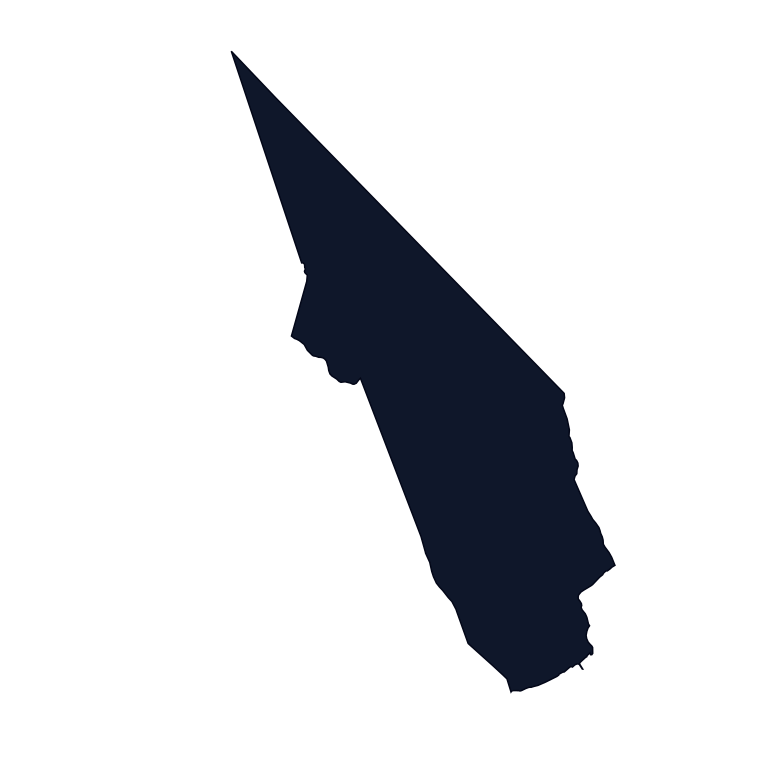 Gagaemauga III, Gaga'emauga, Samoa (Albers equal-area conic projection), rotated 134°
{"feature_id": "51752279B15532907109577", "entity_name": "Gagaemauga III", "entity_type": "district", "adm_level": 2, "iso_a3": "WSM", "parent_name": "Samoa", "parent_adm1": "Gaga'emauga", "projection": "albers", "projection_center": [-172.363, -13.506], "detail": "fine", "context": "isolated", "style": "filled", "palette": "ink", "viewbox_px": 768, "rotation_deg": 134, "n_neighbors": 0, "source": "geoboundaries", "source_scale": "gbopen_adm2", "svg_char_len": 2019}
<svg xmlns="http://www.w3.org/2000/svg" viewBox="0 0 768 768"><g transform="rotate(134 384 384)"><path d="M517.3,78.7L516.3,78.9L514.7,78.0L511.1,74.2L510.3,72.9L509.0,72.1L504.6,70.5L501.5,69.0L499.8,67.4L497.6,66.2L493.9,63.9L485.9,60.6L474.3,56.5L472.0,56.1L471.2,56.5L467.2,55.3L465.9,54.3L459.0,53.7L457.4,53.3L456.7,51.8L453.5,51.6L451.2,50.7L450.0,49.0L451.3,43.3L451.0,43.0L449.5,48.9L448.3,49.5L445.6,49.4L440.8,49.1L439.2,48.7L438.5,49.2L434.3,49.1L435.2,47.3L434.4,46.5L432.8,46.7L428.6,50.9L428.1,52.6L428.1,54.8L427.8,57.9L426.4,61.3L424.4,64.0L421.1,66.2L417.9,67.7L415.1,68.2L414.6,70.2L410.9,76.0L409.5,79.5L408.8,84.8L407.6,87.2L406.1,87.8L404.8,89.5L404.0,92.7L403.7,94.9L402.2,96.5L400.5,97.5L396.7,97.8L393.4,97.1L385.2,94.9L383.4,94.6L373.2,94.7L369.4,94.2L367.3,94.7L364.3,94.5L363.3,93.5L359.8,92.9L357.4,92.8L354.0,91.9L353.1,94.0L350.5,99.8L348.9,105.1L347.8,111.8L346.9,114.9L344.0,118.1L342.3,120.9L340.9,124.4L339.5,126.6L338.0,129.6L336.9,135.2L336.4,139.8L335.4,143.0L333.9,149.0L320.7,180.9L317.6,182.6L314.6,183.0L311.6,185.6L308.2,187.3L306.2,189.6L305.2,192.4L305.2,194.4L302.1,200.0L301.1,202.5L299.0,204.4L295.8,208.0L293.3,213.2L293.3,214.5L288.2,218.8L281.9,228.0L277.0,238.1L275.4,241.0L273.9,241.5L268.5,244.5L265.6,247.9L257.9,506.8L253.4,660.5L250.7,725.0L354.1,527.3L353.0,526.2L353.1,524.3L355.4,521.8L355.8,520.5L358.1,519.6L358.9,518.2L359.0,514.8L363.8,510.9L413.8,483.9L413.4,480.0L412.4,477.8L411.6,475.0L411.0,468.9L413.0,462.4L413.1,455.4L412.7,454.1L411.4,452.3L410.2,449.6L408.6,447.8L407.4,445.6L407.2,443.4L407.5,441.3L410.6,435.8L412.7,433.1L414.3,429.8L414.4,426.9L413.3,421.5L413.3,418.0L412.7,416.2L409.4,413.5L406.6,408.7L405.9,406.5L405.0,405.4L402.7,404.5L398.5,405.0L396.2,405.0L468.0,251.4L476.1,237.6L476.8,236.6L480.5,227.2L485.7,219.4L488.3,214.5L490.8,208.1L491.5,203.0L491.7,198.5L493.0,189.3L493.3,184.0L496.1,175.6L497.1,173.7L512.2,143.2L511.0,110.0L510.7,96.7L510.7,90.7L517.3,78.7Z" fill="#0f172a" stroke="#020617" stroke-width="1.5"/></g></svg>